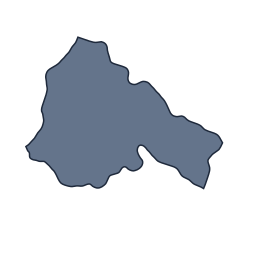 the district of El Factor, María Trinidad Sánchez, Dominican Republic, rotated 198°
{"feature_id": "3306468B48172399013768", "entity_name": "El Factor", "entity_type": "district", "adm_level": 2, "iso_a3": "DOM", "parent_name": "Dominican Republic", "parent_adm1": "María Trinidad Sánchez", "projection": "robinson", "projection_center": [-69.924, 19.288], "detail": "fine", "context": "isolated", "style": "filled", "palette": "slate", "viewbox_px": 256, "rotation_deg": 198, "n_neighbors": 0, "source": "geoboundaries", "source_scale": "gbopen_adm2", "svg_char_len": 3302}
<svg xmlns="http://www.w3.org/2000/svg" viewBox="0 0 256 256"><g transform="rotate(198 128 128)"><path d="M203.7,198.9L203.9,195.5L204.2,193.1L204.7,191.6L206.1,188.2L206.5,186.7L207.3,182.8L207.8,181.3L209.4,178.0L210.5,175.1L212.2,171.8L213.4,169.0L214.2,167.6L215.7,165.5L219.6,161.1L220.7,159.8L221.6,158.3L222.0,157.5L222.4,156.0L222.5,153.5L222.2,151.9L222.0,151.1L221.4,149.8L220.1,147.2L218.9,144.3L217.2,141.0L216.7,139.5L216.6,138.7L216.4,137.0L216.2,134.3L216.3,122.8L216.2,120.3L215.9,118.8L215.4,117.4L213.5,115.1L210.9,110.1L210.6,109.4L210.2,107.8L210.0,105.3L210.0,102.8L210.4,100.4L210.9,98.9L212.3,95.5L213.8,89.3L215.7,85.3L216.9,82.5L217.6,81.2L219.4,78.8L216.3,75.3L215.2,74.8L214.3,74.1L213.7,73.0L212.9,70.7L212.2,69.6L211.7,69.2L210.5,68.7L208.4,68.5L205.3,68.9L202.2,68.9L200.9,69.2L198.6,70.0L197.4,70.3L196.9,70.2L195.7,69.8L191.3,67.8L187.7,65.5L185.1,64.2L183.8,63.2L181.9,61.4L178.4,57.7L176.5,56.0L175.1,55.1L174.4,54.8L172.8,54.4L170.3,54.2L167.1,54.3L164.6,54.6L163.1,55.0L159.3,56.9L158.0,57.4L155.1,58.1L153.7,58.6L152.4,59.4L149.5,61.8L148.3,62.5L147.7,62.7L147.1,62.9L146.5,62.8L145.4,62.5L143.7,61.7L141.6,61.3L139.4,61.3L137.9,61.7L136.5,62.4L134.7,64.0L133.2,66.0L132.4,67.4L132.0,68.2L131.7,69.8L131.1,75.2L130.7,76.6L130.3,77.2L129.4,78.1L124.0,81.8L123.1,82.7L122.5,83.9L121.8,86.6L121.4,87.9L121.1,88.5L120.3,89.5L119.2,90.1L118.6,90.2L118.1,90.2L117.0,89.9L115.4,89.1L113.3,88.6L111.1,88.6L109.6,88.9L108.2,89.7L106.3,91.2L104.7,93.1L103.9,94.5L103.3,96.1L103.1,97.6L103.2,99.2L103.7,100.6L104.1,101.2L104.5,101.7L107.3,103.6L109.1,105.2L110.2,106.3L111.7,108.3L112.4,109.8L112.5,110.6L112.7,112.1L112.4,113.6L112.2,114.3L111.7,114.9L111.1,115.4L110.5,115.7L109.8,115.8L108.4,115.9L107.1,115.6L106.4,115.3L105.1,114.7L102.8,113.1L100.2,111.8L96.6,109.4L93.9,108.1L90.9,106.4L89.5,105.8L88.0,105.5L85.6,105.3L74.2,105.3L71.8,105.2L70.3,104.9L68.8,104.4L68.1,104.0L66.8,103.1L63.2,100.0L61.9,99.2L61.2,98.9L59.7,98.5L55.3,97.9L53.8,97.6L52.4,97.0L49.4,95.6L47.8,95.1L46.2,94.9L40.4,94.4L37.4,93.8L37.1,98.2L37.0,104.5L37.0,109.0L37.2,112.5L37.6,114.2L38.2,115.7L39.1,117.1L40.9,119.6L41.6,120.8L41.8,121.5L42.0,122.2L41.9,122.9L41.6,124.2L39.7,128.8L38.8,130.2L35.9,134.1L35.0,135.4L34.7,136.2L34.1,138.6L33.5,143.1L37.8,147.1L39.1,148.1L40.5,148.9L42.0,149.4L44.4,149.7L50.9,149.8L54.1,150.1L55.6,150.6L58.7,152.2L59.3,152.5L60.8,152.9L63.1,153.2L70.1,153.4L72.4,153.6L74.5,154.2L77.5,155.7L78.8,156.0L80.2,156.0L80.9,155.9L82.1,155.3L84.5,154.1L85.9,153.7L88.1,153.6L89.5,153.8L91.0,154.5L92.3,155.4L94.0,157.2L98.0,161.6L99.8,163.4L101.7,165.1L103.3,166.2L106.0,167.7L109.0,169.8L112.3,171.4L115.9,173.7L118.5,175.0L121.5,176.8L122.9,177.3L123.6,177.5L125.8,177.5L127.3,177.2L128.0,177.0L128.7,176.6L129.9,175.7L133.4,172.4L134.7,171.6L135.5,171.3L136.9,171.0L138.4,171.0L139.9,171.3L140.6,171.5L141.7,172.4L142.2,172.9L143.0,174.1L143.6,175.6L144.2,179.3L144.6,180.8L145.3,182.1L146.3,183.2L146.8,183.7L148.2,184.4L148.9,184.6L150.5,184.8L152.9,184.9L161.0,184.8L163.2,185.0L164.6,185.5L165.1,185.9L165.6,186.4L167.5,189.4L170.3,193.4L171.6,195.5L172.8,198.3L173.2,198.9L174.1,200.0L175.2,200.9L176.5,201.5L177.9,201.8L180.0,201.8L184.4,199.7L185.9,199.2L187.5,198.9L191.7,198.7L203.7,198.9Z" fill="#64748b" stroke="#1e293b" stroke-width="1.5"/></g></svg>